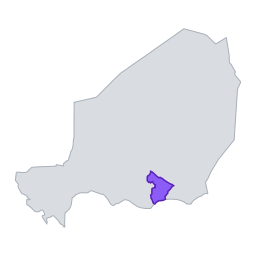 Gouré, Zinder, Niger (highlighted)
{"feature_id": "23599985B20082731758941", "entity_name": "Gouré", "entity_type": "district", "adm_level": 2, "iso_a3": "NER", "parent_name": "Niger", "parent_adm1": "Zinder", "projection": "natural_earth1", "projection_center": [10.132, 14.056], "detail": "fine", "context": "in_parent", "style": "filled", "palette": "violet", "viewbox_px": 256, "rotation_deg": 0, "n_neighbors": 0, "source": "geoboundaries", "source_scale": "gbopen_adm2", "svg_char_len": 4295}
<svg xmlns="http://www.w3.org/2000/svg" viewBox="0 0 256 256"><path d="M207.8,193.6L205.2,193.6L203.7,194.1L201.9,195.8L199.8,196.4L197.3,197.8L195.7,199.0L194.2,199.9L192.1,202.1L191.4,203.8L189.4,204.1L186.5,203.9L184.6,202.2L180.4,200.4L177.6,199.7L176.3,199.4L169.9,199.1L162.9,199.8L159.4,200.7L158.8,200.8L156.8,201.9L155.1,203.1L150.6,208.5L144.7,208.4L141.2,207.8L138.2,206.9L134.0,204.4L128.8,200.5L126.8,200.0L125.0,199.7L124.4,199.7L118.2,203.6L117.0,203.5L115.6,203.9L114.6,204.9L113.9,205.4L113.2,205.4L112.2,205.2L111.2,204.6L110.3,203.6L107.8,199.3L107.2,198.5L106.2,197.2L104.3,195.3L103.1,194.3L102.4,194.1L101.4,194.2L96.5,192.5L91.6,190.7L90.5,191.0L89.7,191.3L88.0,192.7L85.9,192.9L83.4,192.8L82.0,192.6L79.7,193.1L78.2,193.6L76.2,194.5L73.6,197.0L72.9,197.3L72.2,197.7L71.3,204.4L70.6,206.5L69.3,209.1L66.7,211.7L65.0,213.2L64.9,215.3L64.8,218.7L64.7,221.1L64.8,222.6L64.5,223.3L64.4,224.0L64.5,225.0L64.9,225.5L65.1,226.1L65.0,226.6L64.1,227.2L63.2,225.7L62.1,224.6L60.8,224.1L59.9,223.3L59.5,222.3L57.8,220.1L53.9,216.0L53.5,215.9L52.9,215.7L51.8,216.2L51.1,216.9L50.6,217.2L49.9,217.2L48.0,217.7L46.6,218.4L46.5,219.0L47.2,222.1L46.8,223.8L46.2,223.0L44.1,219.8L42.6,217.5L42.4,216.9L42.2,216.1L42.3,215.8L42.9,215.5L44.3,215.2L44.5,215.0L44.6,214.3L44.4,213.1L43.6,211.5L42.9,210.4L42.4,210.2L41.6,210.1L40.7,210.3L39.1,211.6L38.3,211.8L36.6,211.7L35.1,211.5L34.2,210.8L31.5,208.1L28.5,205.4L27.2,205.0L26.9,204.7L26.7,202.5L26.8,199.9L27.0,199.3L28.2,199.7L29.6,199.8L30.0,199.4L28.9,198.5L27.4,197.5L26.8,196.1L26.4,195.6L25.7,195.1L24.9,194.9L24.1,194.5L23.6,194.1L22.7,193.9L21.7,193.6L20.4,191.3L19.1,189.1L18.3,187.3L18.0,186.3L18.4,184.5L18.0,183.8L16.6,182.0L15.4,180.3L15.7,177.7L16.0,175.5L16.0,174.1L16.2,173.3L16.4,172.5L17.2,172.2L19.3,172.2L23.4,172.6L26.7,172.1L26.8,172.1L29.2,169.7L31.8,167.3L35.6,167.0L39.8,166.8L43.0,166.7L47.8,166.5L51.6,166.3L56.1,166.1L56.2,165.0L56.5,164.7L56.9,164.7L60.2,165.3L63.3,165.9L63.5,163.7L66.2,161.1L67.8,160.5L68.2,160.1L68.7,159.2L69.0,157.8L69.1,156.8L69.7,156.0L70.1,154.5L70.7,151.8L72.2,149.1L73.1,145.3L73.3,141.7L73.5,138.9L73.9,138.4L74.0,133.5L74.0,128.5L74.0,124.4L74.0,119.2L74.1,114.6L74.1,109.7L74.1,105.3L74.1,102.3L77.2,101.6L80.5,100.9L85.1,99.8L90.2,98.7L95.8,97.4L97.0,96.7L101.2,92.4L103.1,90.5L106.9,86.7L109.8,83.8L113.5,80.0L117.4,76.3L120.5,73.3L125.4,69.9L132.7,64.7L140.0,59.6L147.4,54.5L154.7,49.3L162.0,44.2L169.3,39.1L176.6,33.9L183.8,28.8L191.2,30.7L198.2,32.6L205.2,34.5L206.8,35.5L210.6,39.1L215.4,43.8L215.6,43.9L215.8,43.9L220.4,41.2L226.3,37.6L227.9,47.3L229.2,55.6L229.3,60.9L229.4,62.3L229.9,63.3L231.0,64.2L235.5,71.9L234.6,73.2L235.3,75.6L236.4,76.6L240.2,81.2L240.6,82.1L240.4,82.8L237.9,88.2L237.5,89.5L237.0,96.4L236.7,101.3L236.3,107.9L235.7,115.9L235.3,122.6L234.7,131.4L234.2,139.8L230.5,144.4L223.9,152.6L218.5,159.3L215.8,163.7L210.6,172.4L208.2,178.0L206.4,181.0L205.5,182.2L206.3,186.4L207.8,193.6Z" fill="#d9dde1" stroke="#a8b0b8" stroke-width="1"/><path d="M147.2,179.9L147.3,180.7L147.6,181.2L148.0,181.5L148.7,182.4L149.0,182.4L149.9,182.1L150.6,182.9L150.8,182.7L151.9,181.9L152.6,181.7L153.0,182.8L153.5,183.4L154.8,184.8L155.4,184.8L155.4,185.1L155.1,186.0L154.8,186.5L155.3,187.3L155.3,187.5L153.9,187.9L152.9,188.1L152.4,188.3L152.2,188.5L151.8,189.3L151.8,189.8L152.0,190.1L151.9,191.0L151.8,191.4L151.9,193.7L151.8,194.1L150.7,195.0L150.9,196.4L151.0,197.7L151.1,198.3L151.9,199.5L152.3,200.3L152.7,201.4L153.0,202.5L153.2,203.0L154.2,203.7L154.8,204.0L155.3,203.6L155.7,202.8L156.1,202.3L156.5,202.2L157.2,201.7L158.2,201.1L159.0,200.7L160.4,200.7L161.5,200.5L162.6,200.5L163.6,200.1L164.3,199.8L165.4,199.2L165.3,198.1L165.0,197.2L164.8,196.6L164.9,196.4L165.8,195.6L166.3,195.2L166.4,194.9L167.2,193.8L167.8,193.2L167.8,192.5L167.9,191.4L169.2,190.4L169.5,189.8L170.2,189.2L170.7,188.6L170.9,188.3L171.3,187.7L171.6,187.1L172.4,186.6L173.4,185.8L173.6,185.7L173.0,185.2L172.1,184.5L171.4,184.3L170.2,183.8L168.7,183.0L166.0,181.3L164.1,180.0L162.9,179.0L162.3,178.4L161.3,178.2L160.5,177.5L160.0,177.3L159.4,177.6L158.7,177.8L157.9,177.0L157.1,176.5L155.7,175.2L153.8,173.4L152.2,172.0L151.3,171.5L151.0,171.4L150.6,171.3L150.6,172.8L149.8,174.2L149.6,174.6L147.9,175.9L147.3,176.4L147.2,179.9Z" fill="#8b5cf6" stroke="#5b21b6" stroke-width="1.5"/></svg>